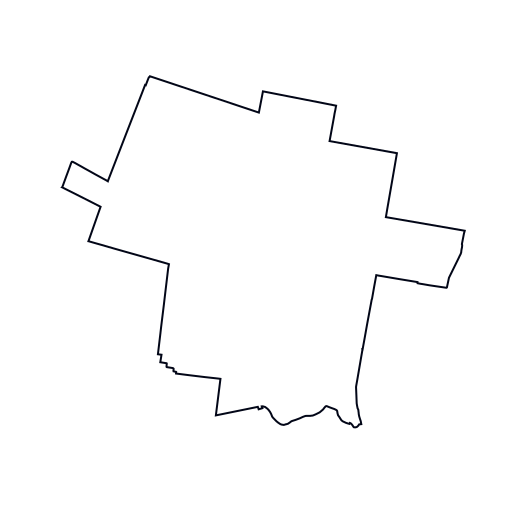 Amara, Ialomita, Romania (orthographic projection), rotated 9°
{"feature_id": "2599482B39510423223989", "entity_name": "Amara", "entity_type": "district", "adm_level": 2, "iso_a3": "ROU", "parent_name": "Romania", "parent_adm1": "Ialomita", "projection": "orthographic", "projection_center": [27.315, 44.645], "detail": "fine", "context": "isolated", "style": "outline", "palette": "ink", "viewbox_px": 512, "rotation_deg": 9, "n_neighbors": 0, "source": "geoboundaries", "source_scale": "gbopen_adm2", "svg_char_len": 3427}
<svg xmlns="http://www.w3.org/2000/svg" viewBox="0 0 512 512"><g transform="rotate(9 256 256)"><path d="M241.3,419.7L280.9,404.9L281.4,404.7L281.8,405.4L282.6,407.0L285.5,405.6L286.1,405.3L285.2,403.6L285.5,403.5L286.2,403.4L286.9,403.5L288.6,403.7L289.6,404.2L290.5,404.7L291.4,405.2L292.1,405.8L292.8,406.3L293.3,406.9L293.9,407.4L294.8,408.5L295.7,409.7L296.1,410.4L296.6,411.2L297.0,412.0L297.4,412.4L297.8,412.8L298.4,413.3L300.0,414.5L302.3,416.2L303.1,416.6L303.9,417.1L305.0,417.6L305.6,417.9L306.3,418.2L306.7,418.3L307.7,418.5L309.1,418.5L309.8,418.5L310.1,418.4L310.5,418.2L311.0,418.0L311.3,417.8L311.6,417.6L312.1,417.5L312.5,417.3L313.8,416.7L314.2,416.3L315.5,415.1L316.7,413.8L317.3,413.4L320.7,411.7L323.7,410.0L324.9,409.3L327.4,407.6L329.2,406.6L330.0,406.2L332.0,405.8L334.6,405.4L335.5,405.1L336.4,404.9L337.4,404.5L339.8,403.0L343.3,400.5L344.8,398.8L346.3,397.0L347.2,395.3L347.7,394.5L348.2,393.7L348.8,393.3L349.3,393.2L352.2,393.9L355.2,394.5L357.4,394.9L359.3,395.5L359.9,395.8L360.4,396.4L361.2,398.8L362.0,400.5L362.5,401.0L363.6,402.1L364.9,403.6L366.1,404.9L367.5,405.7L369.2,406.2L370.9,406.7L372.7,407.0L374.5,407.2L374.8,406.2L375.6,406.4L376.3,406.8L377.7,408.0L378.3,408.7L378.9,409.4L379.4,409.8L380.1,409.8L381.0,409.7L382.2,409.2L382.8,408.6L383.7,407.4L383.9,406.8L384.2,406.2L386.3,405.6L385.3,402.8L384.1,400.5L383.0,398.2L382.6,397.1L382.2,396.0L381.9,394.7L381.5,393.4L381.3,392.6L381.0,391.7L380.2,390.6L379.3,388.2L378.5,385.8L376.9,377.7L375.3,369.7L375.3,367.5L375.4,362.5L375.7,338.6L375.8,331.9L375.7,331.7L375.9,331.7L376.2,318.2L376.4,306.9L377.1,280.9L377.3,280.2L377.5,268.2L377.8,256.1L380.5,256.2L383.2,256.2L401.4,256.4L419.6,256.5L419.7,257.4L419.8,257.6L422.5,257.7L425.4,257.7L431.8,257.8L449.0,257.6L449.4,257.3L449.5,257.1L449.5,256.7L450.0,247.3L453.0,237.6L456.5,226.3L457.1,224.2L457.8,222.1L457.9,221.5L458.0,220.9L458.1,220.4L458.0,218.7L458.0,217.0L458.1,215.5L458.0,213.4L457.8,212.6L457.5,212.1L457.7,206.4L457.9,200.8L458.1,199.6L458.2,198.4L379.0,197.3L378.2,197.3L378.3,187.7L378.8,155.0L379.1,133.3L379.1,132.4L310.7,131.0L311.3,105.7L311.3,103.2L311.4,101.0L311.5,99.4L311.6,95.0L237.1,92.3L236.9,99.0L236.4,113.9L179.4,104.4L155.3,100.4L147.4,99.1L146.3,98.9L123.3,95.1L123.3,95.3L123.2,95.6L122.5,96.0L122.2,96.3L121.6,98.9L121.2,100.8L120.4,104.6L119.7,104.4L117.9,112.9L108.4,156.7L103.0,181.8L98.1,204.6L98.0,205.4L95.8,204.5L94.3,204.0L90.4,202.6L84.5,200.5L78.0,198.1L73.3,196.4L69.6,195.0L65.5,193.5L63.1,192.6L60.4,191.7L60.0,191.6L59.3,191.8L59.1,192.5L58.9,193.0L58.4,195.6L57.9,198.2L56.4,205.7L56.3,206.1L55.7,209.2L54.9,213.3L54.8,213.7L54.3,216.5L54.1,217.2L53.9,218.1L53.9,218.4L53.8,218.5L54.5,218.7L57.2,219.6L76.3,225.7L85.6,228.7L94.8,231.7L93.0,241.4L88.2,267.6L88.3,267.6L96.4,268.6L104.2,269.5L105.5,269.7L106.4,269.8L107.3,269.9L108.7,270.1L109.3,270.2L110.8,270.3L113.5,270.7L123.5,271.9L142.9,274.2L169.5,277.4L171.3,277.7L171.2,282.2L172.4,313.2L172.6,318.0L173.4,341.0L173.7,347.7L174.5,368.4L178.1,368.3L178.1,375.9L178.3,375.9L184.3,375.9L184.6,376.0L184.7,376.3L184.8,377.7L184.9,379.2L185.0,379.5L185.3,379.7L191.3,379.7L191.7,379.8L192.0,380.0L192.3,380.3L192.3,380.7L192.4,381.5L192.4,382.4L192.5,382.6L192.6,382.8L192.8,382.8L193.9,382.9L195.1,382.9L195.3,383.0L195.4,384.6L208.2,384.2L224.4,383.6L236.9,383.0L239.8,382.9L240.1,382.9L241.3,419.7L241.3,419.7Z" fill="none" stroke="#020617" stroke-width="2"/></g></svg>